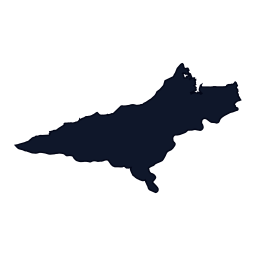 the district of Ungra, Brasov, Romania
{"feature_id": "2599482B21133330999622", "entity_name": "Ungra", "entity_type": "district", "adm_level": 2, "iso_a3": "ROU", "parent_name": "Romania", "parent_adm1": "Brasov", "projection": "natural_earth1", "projection_center": [25.208, 45.983], "detail": "fine", "context": "isolated", "style": "filled", "palette": "ink", "viewbox_px": 256, "rotation_deg": 0, "n_neighbors": 0, "source": "geoboundaries", "source_scale": "gbopen_adm2", "svg_char_len": 5778}
<svg xmlns="http://www.w3.org/2000/svg" viewBox="0 0 256 256"><path d="M157.7,190.9L157.9,190.4L158.0,189.3L157.9,188.7L157.3,187.6L155.9,185.9L152.7,182.6L152.6,181.6L153.8,180.2L154.4,179.5L155.2,178.3L155.4,177.9L155.5,177.3L155.4,176.9L154.7,175.7L153.7,174.7L152.5,174.0L151.0,173.5L150.5,173.2L149.6,172.2L149.1,171.2L148.6,169.2L148.5,168.5L148.5,168.0L148.7,167.7L149.2,167.3L151.6,166.0L153.2,165.4L153.8,165.0L154.7,164.0L155.1,163.7L156.6,162.9L160.7,161.2L162.0,160.5L162.4,160.1L163.3,158.9L164.9,156.0L166.2,153.1L166.9,152.0L168.3,150.9L170.3,150.0L171.2,149.5L172.7,148.1L174.6,145.4L174.9,144.4L175.0,144.0L174.8,143.4L174.4,142.8L173.5,141.9L173.1,141.4L172.9,140.8L172.6,138.8L172.6,138.2L172.7,137.6L173.0,136.8L173.3,136.2L174.2,135.3L174.6,135.0L175.5,134.8L177.1,134.8L179.0,134.5L180.1,134.2L183.9,132.8L185.6,132.0L187.5,130.3L188.2,130.0L192.0,129.9L194.5,129.3L195.3,129.3L197.2,129.7L200.2,130.2L201.3,129.9L202.3,129.0L202.7,128.4L203.0,127.3L202.9,126.6L202.5,125.1L201.9,124.1L201.6,123.5L201.4,122.7L201.4,121.9L201.9,119.9L202.6,119.1L203.3,118.7L203.9,118.4L204.5,118.3L205.9,118.5L206.8,118.9L210.0,121.3L211.3,122.1L214.8,122.4L216.6,122.9L217.1,122.8L218.2,122.4L218.9,121.6L219.7,119.5L220.6,118.2L221.9,117.0L224.2,115.4L230.0,112.4L230.5,112.2L232.7,111.7L236.1,110.4L237.3,110.1L237.7,109.8L237.9,109.2L237.8,108.6L237.6,108.2L236.7,107.7L235.7,107.4L235.3,107.1L235.3,106.2L235.1,105.7L234.3,104.7L234.2,104.4L234.4,103.6L236.4,101.6L237.4,101.0L238.0,100.7L239.4,100.4L240.6,99.9L240.0,99.0L239.0,97.1L238.8,97.2L238.1,95.9L238.2,95.6L238.1,94.2L237.5,93.5L237.1,92.1L237.8,91.5L237.8,91.2L237.5,89.3L236.2,88.4L236.2,87.8L236.4,87.1L237.3,85.5L236.7,84.5L236.1,82.8L235.2,82.1L234.3,83.3L233.1,84.4L232.2,84.4L231.6,84.6L231.4,84.4L230.6,84.7L228.6,84.7L227.3,85.1L226.7,85.7L226.8,86.3L226.0,86.7L224.9,86.9L222.7,87.0L216.8,87.0L215.4,86.8L213.5,86.8L213.0,87.0L210.9,87.2L201.6,87.1L201.2,86.1L201.0,85.3L201.2,84.9L200.6,85.3L199.5,88.8L199.4,90.0L199.7,90.9L199.8,90.9L201.1,92.5L201.9,93.3L201.9,93.5L201.3,93.9L200.4,94.0L200.2,93.0L197.9,92.2L197.7,93.3L194.0,92.4L193.4,92.8L193.5,92.9L191.1,93.9L190.9,93.6L191.0,93.3L190.7,92.6L192.9,91.8L193.2,91.4L195.0,90.8L195.3,90.5L196.0,90.1L195.7,89.5L196.0,89.4L195.7,88.4L195.7,88.0L196.0,87.7L194.0,85.7L195.5,84.6L195.1,84.2L195.1,83.9L195.4,82.9L194.9,80.4L195.5,80.2L195.4,79.9L195.5,79.6L194.4,79.7L194.4,78.0L192.0,78.3L190.3,73.9L189.1,73.7L187.7,70.8L188.8,70.3L188.3,69.1L187.9,68.4L187.6,68.3L187.1,68.3L186.1,68.6L185.6,68.7L185.0,68.6L183.9,67.7L183.4,65.4L183.1,64.4L182.4,63.7L181.9,63.8L180.8,64.5L177.5,68.3L177.6,68.5L177.2,68.9L177.0,69.4L175.6,72.9L174.4,74.8L173.8,76.2L173.1,77.0L165.1,80.8L163.8,85.4L161.4,88.2L159.9,89.8L157.1,91.8L156.1,94.0L155.0,95.7L154.0,96.6L153.6,97.0L153.1,97.4L151.3,99.1L149.9,99.9L146.2,102.4L143.9,103.5L143.0,104.4L142.4,104.6L140.5,104.9L139.6,105.3L136.6,105.6L133.9,104.9L132.7,104.8L131.0,105.0L129.3,105.6L125.6,106.1L123.6,106.2L122.3,106.0L121.2,106.1L113.2,113.8L111.7,113.8L111.4,114.0L109.5,114.7L108.2,114.8L108.1,115.1L107.9,114.9L107.7,115.0L107.6,114.8L107.4,114.7L107.5,114.7L107.4,114.6L107.2,114.8L106.0,115.1L103.5,115.4L103.1,115.3L102.5,115.4L102.4,115.3L101.6,115.4L100.4,115.2L99.5,115.0L98.1,113.6L97.9,113.5L97.6,113.0L97.1,112.6L96.6,112.8L96.4,113.0L95.8,113.3L94.0,114.7L93.8,114.7L93.7,114.8L92.9,115.1L92.8,115.4L90.0,116.4L88.7,116.5L88.2,116.7L85.9,116.8L84.3,117.9L83.9,118.0L83.2,118.3L82.9,118.5L82.5,118.5L82.1,118.8L81.4,119.0L81.4,119.3L80.8,119.6L79.9,119.7L79.7,119.4L79.6,119.9L79.2,120.5L78.1,121.7L77.3,122.1L75.8,122.3L75.1,122.7L73.0,123.2L72.1,123.2L71.4,123.0L70.4,123.0L70.2,123.2L69.3,123.2L69.1,123.1L68.8,123.2L68.6,123.1L68.3,123.2L66.8,123.3L66.5,123.4L65.5,123.3L64.7,123.4L64.2,123.9L64.2,124.3L64.5,125.0L58.7,128.6L56.8,130.1L55.8,130.5L53.7,130.6L52.7,131.2L51.6,131.4L51.2,131.8L50.8,131.7L50.7,131.9L50.0,131.8L50.2,132.3L50.1,132.6L49.9,132.9L49.9,133.1L49.7,133.2L49.5,133.4L49.5,133.7L50.0,133.9L49.9,134.1L49.8,134.3L49.6,134.7L49.2,135.3L42.3,135.7L40.6,135.6L39.8,135.7L38.0,136.3L37.5,136.4L36.3,136.3L36.1,136.5L35.7,136.5L35.4,136.7L34.9,137.3L33.4,137.6L32.3,138.1L30.8,139.5L30.5,139.6L29.1,141.0L27.6,141.8L26.6,142.0L24.9,142.8L19.4,144.3L18.2,144.8L15.4,145.3L17.1,147.2L18.0,147.6L17.9,147.9L19.0,148.6L20.9,149.1L22.6,149.5L25.3,150.7L26.1,150.6L32.1,152.7L35.5,153.0L36.8,152.9L39.6,152.1L41.7,152.2L44.7,152.7L46.0,153.0L48.6,153.8L50.0,154.0L54.4,153.6L55.6,153.3L57.8,153.1L59.1,152.9L61.7,153.1L62.8,153.3L63.9,153.6L64.5,153.9L65.7,155.0L66.8,155.6L70.0,155.3L72.5,155.7L73.0,156.2L74.0,157.7L74.2,158.2L75.8,159.8L76.7,160.4L79.2,161.2L80.4,161.4L83.2,161.3L83.9,161.1L86.2,161.1L88.4,161.4L90.0,161.8L90.8,161.6L92.3,160.9L93.6,160.6L95.2,160.6L97.9,161.2L100.9,160.9L101.5,161.0L103.1,160.6L104.2,160.1L104.7,160.0L105.4,159.8L106.6,159.7L107.9,159.9L109.1,161.2L111.3,164.4L112.9,165.8L114.9,166.6L118.5,166.6L120.3,166.7L122.2,166.7L123.3,166.2L124.5,166.2L126.4,167.8L128.6,167.9L129.7,167.7L130.0,167.6L131.1,167.5L130.8,168.2L130.6,169.3L131.0,170.7L131.7,172.4L132.7,174.4L133.0,175.1L133.7,175.7L134.3,175.9L134.8,176.4L135.4,177.1L136.8,178.0L137.3,178.4L138.2,178.7L139.9,179.6L142.2,180.4L142.7,180.5L143.9,180.4L144.4,180.3L145.1,179.8L146.1,181.5L145.8,181.7L146.5,183.1L147.2,184.8L147.7,185.6L148.1,186.6L148.5,188.1L149.0,189.0L149.7,189.7L155.5,192.3L155.9,192.3L156.4,192.1L157.0,191.7L157.7,190.9ZM183.2,73.1L183.6,73.5L185.0,73.1L185.2,73.7L185.5,73.6L185.9,74.2L187.0,73.8L187.7,74.2L187.8,74.1L188.3,74.4L188.8,74.2L189.0,74.4L189.4,75.6L186.6,76.5L187.0,77.6L184.3,78.2L182.8,73.9L182.6,73.4L183.2,73.1ZM191.1,78.7L190.0,79.5L189.5,79.0L190.5,78.1L191.1,78.7Z" fill="#0f172a" stroke="#020617" stroke-width="1.5"/></svg>